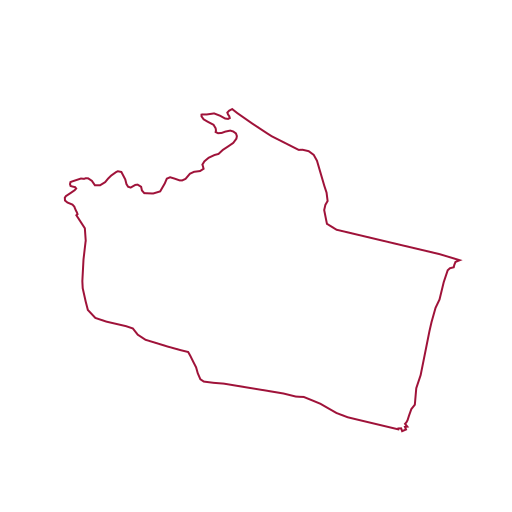 Konobo, Grand Gedeh, Liberia, rotated 283°
{"feature_id": "62588387B20671280647544", "entity_name": "Konobo", "entity_type": "district", "adm_level": 2, "iso_a3": "LBR", "parent_name": "Liberia", "parent_adm1": "Grand Gedeh", "projection": "natural_earth1", "projection_center": [-7.832, 5.841], "detail": "fine", "context": "isolated", "style": "outline", "palette": "rose", "viewbox_px": 512, "rotation_deg": 283, "n_neighbors": 0, "source": "geoboundaries", "source_scale": "gbopen_adm2", "svg_char_len": 2396}
<svg xmlns="http://www.w3.org/2000/svg" viewBox="0 0 512 512"><g transform="rotate(283 256 256)"><path d="M289.5,451.2L291.8,451.2L295.1,451.7L297.7,455.4L299.1,434.6L299.3,394.7L299.5,365.4L299.6,349.2L299.7,328.6L303.3,317.9L306.1,316.6L316.1,312.1L321.5,312.1L325.7,313.4L333.6,310.5L339.7,306.8L362.5,294.0L367.5,289.5L369.3,285.4L370.0,283.7L370.0,277.5L369.0,273.7L376.2,244.4L378.0,239.3L384.2,222.6L391.0,205.7L393.8,199.7L391.5,197.1L389.3,195.8L387.6,196.9L386.2,198.5L384.5,199.4L383.3,198.0L383.0,195.0L384.6,189.4L385.5,183.1L382.8,176.1L381.9,172.0L381.5,171.1L379.8,171.5L377.4,174.2L376.0,178.6L374.3,185.1L371.4,187.9L369.5,188.7L367.7,188.8L367.1,191.4L368.2,194.9L370.3,198.1L372.4,202.7L372.2,205.8L370.9,208.9L368.5,210.4L365.9,210.5L361.1,208.4L356.4,204.1L351.9,199.8L347.0,196.5L345.1,192.9L341.1,187.8L338.5,185.8L336.6,184.4L333.0,183.2L331.9,183.9L329.2,185.3L326.2,182.4L324.1,176.7L321.3,173.1L315.3,170.0L313.0,167.0L312.5,164.6L313.1,159.1L313.4,154.6L311.3,151.7L306.2,150.8L297.4,148.1L293.8,141.8L293.5,140.4L292.1,133.0L294.2,130.1L297.6,128.5L298.9,124.6L298.1,122.4L294.5,118.5L294.7,115.8L296.9,113.6L301.2,111.4L307.6,105.9L307.5,102.3L306.3,100.8L301.8,96.8L298.2,94.5L294.0,92.4L289.8,88.1L289.3,85.7L288.7,83.1L292.3,79.2L293.9,75.0L293.5,72.7L292.5,71.1L292.1,68.0L287.3,60.1L286.3,58.6L284.2,58.6L282.5,59.6L282.4,61.4L282.4,64.3L281.3,65.6L279.3,64.5L275.8,61.3L271.6,57.3L269.8,56.6L267.1,57.4L265.7,60.2L264.8,65.6L263.2,67.9L261.8,68.8L259.8,70.3L258.3,71.6L256.6,72.7L255.3,71.8L244.5,83.0L232.4,86.7L231.7,86.7L213.8,88.7L192.7,92.4L191.9,92.6L185.6,94.4L173.5,100.2L165.6,104.3L159.5,113.4L158.4,125.0L158.4,129.5L158.4,137.0L158.4,145.1L157.7,152.3L152.7,158.5L149.5,167.2L148.0,188.7L147.9,189.9L147.3,203.7L147.2,211.5L144.0,214.4L139.0,218.5L134.0,222.7L128.7,225.6L123.4,229.5L121.9,233.4L122.9,243.3L124.4,253.3L125.9,277.2L128.2,313.7L128.0,326.4L128.7,330.6L129.4,334.2L127.9,343.7L126.5,352.0L124.4,358.9L121.1,369.8L119.5,381.6L119.4,390.8L119.1,433.6L120.0,433.5L120.7,436.2L118.2,437.8L120.7,441.2L123.0,439.6L123.8,441.8L126.0,439.0L127.9,440.0L130.1,440.6L135.0,441.0L141.8,441.8L146.8,444.2L149.8,443.8L158.9,442.5L163.3,441.9L176.8,443.2L177.4,443.2L191.5,442.8L222.0,441.9L228.4,441.9L231.2,441.9L245.9,442.6L254.9,444.6L272.8,444.8L285.2,446.0L287.7,447.7L289.5,451.2Z" fill="none" stroke="#9f1239" stroke-width="2"/></g></svg>